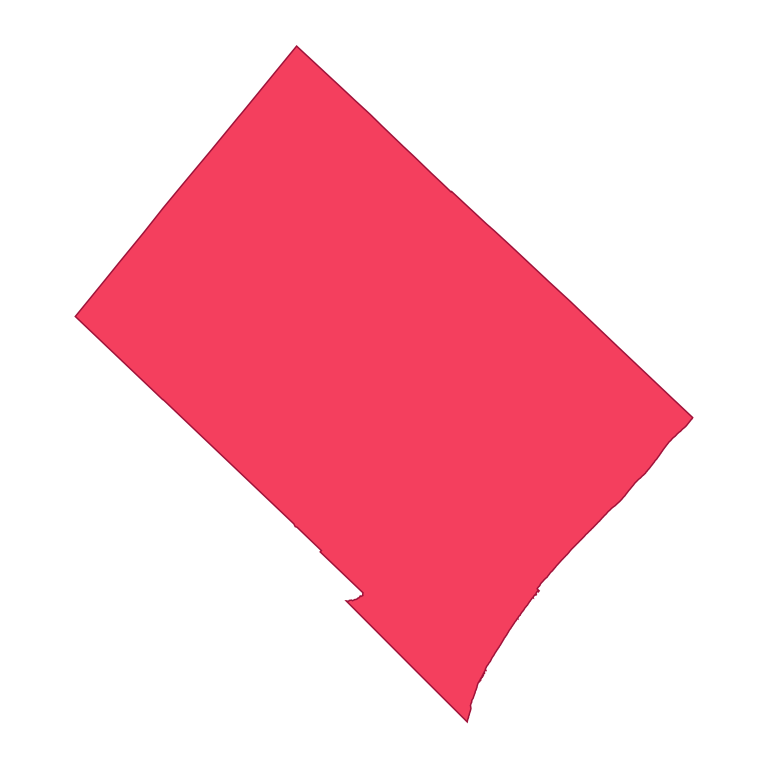 the district of Mar Chiquita, Buenos Aires, Argentina
{"feature_id": "61730980B58883686199673", "entity_name": "Mar Chiquita", "entity_type": "district", "adm_level": 2, "iso_a3": "ARG", "parent_name": "Argentina", "parent_adm1": "Buenos Aires", "projection": "equal_earth", "projection_center": [-57.382, -37.513], "detail": "fine", "context": "isolated", "style": "filled", "palette": "rose", "viewbox_px": 768, "rotation_deg": 0, "n_neighbors": 0, "source": "geoboundaries", "source_scale": "gbopen_adm2", "svg_char_len": 5947}
<svg xmlns="http://www.w3.org/2000/svg" viewBox="0 0 768 768"><path d="M370.2,114.4L355.6,101.0L344.3,90.4L296.6,46.1L289.4,54.9L275.3,72.1L242.1,112.7L238.7,116.7L210.6,150.9L183.4,183.5L163.3,207.8L143.7,232.6L119.1,262.6L105.3,279.7L75.3,316.5L158.7,395.8L162.7,399.6L163.0,399.5L293.9,523.9L295.2,526.6L297.0,527.2L321.4,550.6L320.2,551.9L363.0,592.8L362.7,594.3L362.9,595.3L362.7,595.6L362.4,595.6L361.1,596.4L360.8,596.3L360.5,596.0L360.1,596.1L359.7,597.0L359.4,597.2L358.8,597.9L358.7,598.0L357.9,598.1L357.7,598.3L357.5,598.6L357.3,598.8L357.0,598.9L356.3,599.4L354.6,599.6L354.2,599.9L352.5,600.7L351.5,600.1L351.0,600.2L350.4,600.3L349.3,600.4L348.6,601.2L348.3,601.4L347.7,601.2L346.5,600.9L346.2,600.9L416.6,671.5L467.2,721.9L467.7,719.5L467.9,719.0L468.1,718.7L468.2,718.1L468.5,717.6L468.5,717.2L468.6,716.3L469.2,714.9L469.4,713.7L470.4,710.7L470.7,709.4L470.9,708.8L470.9,708.1L470.8,707.7L470.8,707.4L470.6,707.1L470.6,706.8L470.7,706.3L470.4,705.7L470.6,705.1L470.8,704.2L470.9,703.8L471.1,703.5L471.1,703.3L471.3,703.2L471.4,703.3L471.3,703.1L471.7,702.1L471.8,701.7L471.7,701.3L471.7,700.7L472.0,700.3L472.0,700.0L473.1,698.3L473.4,697.4L473.8,696.1L474.3,694.9L474.6,693.8L475.1,692.8L475.2,692.0L475.3,691.3L476.1,689.8L476.4,688.9L476.5,688.3L476.9,687.5L477.2,685.7L477.5,684.9L477.6,684.4L478.0,683.4L478.5,682.4L478.8,682.1L479.1,682.1L479.1,682.4L479.2,682.1L479.0,681.8L479.4,680.9L479.6,680.7L480.0,680.5L480.1,680.8L480.3,680.5L480.2,680.3L480.0,680.1L480.1,679.8L480.4,679.6L480.6,679.6L480.7,679.9L480.8,679.9L480.8,679.6L480.4,679.2L480.5,678.8L480.7,678.6L480.9,678.5L481.0,678.5L481.3,678.4L481.4,678.1L481.2,678.1L481.2,677.7L481.7,677.4L482.0,677.4L482.1,677.5L482.0,677.8L482.2,677.4L482.0,677.1L482.2,676.8L482.0,676.7L482.1,676.1L482.4,675.6L482.7,675.4L483.1,675.4L483.1,675.8L483.3,675.5L483.2,675.4L482.9,674.7L483.1,674.1L483.4,673.7L483.6,673.2L484.1,672.9L484.4,673.0L484.4,673.4L484.5,673.3L484.6,673.0L484.2,672.3L484.5,671.3L485.1,670.7L485.5,670.5L485.9,670.6L486.0,670.8L485.9,671.0L486.0,670.9L486.0,670.5L485.9,670.1L485.3,669.6L485.3,669.4L485.6,668.5L486.2,667.5L486.2,667.2L487.2,665.6L488.2,664.4L488.3,664.1L488.8,663.3L489.0,662.9L489.4,662.5L490.4,661.2L491.6,658.7L492.3,657.4L494.0,655.0L494.7,653.6L496.9,650.2L497.3,649.5L497.8,649.0L498.2,648.1L498.9,647.4L499.5,646.1L500.2,645.3L501.4,643.2L501.6,642.9L501.7,642.7L502.5,641.4L503.1,640.3L503.9,639.1L504.0,638.5L504.6,637.7L504.8,637.6L505.0,637.2L505.4,636.8L505.7,636.2L506.7,634.9L506.9,634.3L507.3,633.9L507.6,633.1L508.1,632.5L509.4,630.1L510.1,629.2L510.9,628.2L511.4,627.2L512.4,625.9L512.9,625.0L513.2,624.7L513.6,624.0L514.1,623.4L514.5,622.5L514.8,622.3L515.1,622.4L514.9,622.2L515.6,621.1L515.9,620.9L516.3,621.2L516.0,620.7L516.8,619.2L517.4,618.6L517.6,618.6L517.9,618.8L517.9,618.7L517.6,618.4L517.7,618.2L518.6,616.7L519.6,615.5L520.2,615.2L520.3,614.8L520.7,613.9L521.4,613.0L521.7,612.4L522.7,611.4L523.3,610.4L523.9,609.8L524.5,608.6L525.1,607.7L526.3,606.4L526.4,606.1L527.5,605.0L528.4,603.4L528.9,602.8L529.5,601.7L530.1,601.2L530.7,600.1L531.5,599.2L531.9,598.5L532.9,597.5L533.2,597.7L533.1,597.3L534.1,595.7L535.0,594.8L535.3,594.6L535.9,594.7L536.0,594.8L535.8,594.9L535.9,595.0L536.7,594.2L536.4,594.3L536.2,594.2L536.0,593.6L536.4,592.6L537.1,591.6L537.5,591.1L537.9,591.0L538.4,591.0L538.7,591.1L538.8,591.1L538.6,591.4L538.6,591.5L539.0,591.1L539.0,590.7L537.2,588.9L537.2,588.7L537.6,588.0L538.2,587.3L538.6,586.7L539.2,586.3L539.4,586.1L539.5,585.8L540.2,584.9L540.2,584.4L540.5,584.0L541.5,582.7L542.8,581.4L543.0,581.1L543.6,580.5L543.9,580.0L544.2,579.8L544.3,579.5L544.8,579.2L545.6,578.3L546.4,577.8L547.2,577.1L547.5,576.5L548.9,574.7L549.3,574.2L549.8,573.4L550.4,572.7L551.0,572.0L551.7,571.5L552.0,571.0L552.5,570.8L553.0,570.0L553.4,569.6L553.5,569.3L553.9,569.1L554.2,568.5L555.4,567.3L555.9,566.5L556.9,565.3L557.7,564.6L558.2,563.9L558.9,563.2L559.3,562.7L559.7,562.3L560.5,561.4L561.3,560.5L562.5,559.2L562.8,559.0L563.3,558.4L563.8,557.9L564.1,557.5L565.4,556.3L565.8,555.7L566.3,555.2L566.8,554.9L567.1,554.5L568.1,553.4L569.2,552.1L569.6,551.4L569.9,551.2L571.4,549.4L575.9,544.9L576.8,543.9L577.3,543.5L578.5,542.3L580.0,540.7L581.4,539.4L581.7,539.0L582.4,538.4L582.9,537.8L584.6,536.1L584.8,535.7L585.4,535.1L585.6,534.7L587.4,533.2L589.3,531.2L590.8,529.9L591.7,528.8L592.9,527.8L593.6,527.0L594.6,526.0L596.0,524.5L596.4,524.2L597.9,522.5L599.2,521.3L599.8,520.8L600.0,520.4L601.5,518.8L602.1,518.0L602.8,517.4L604.4,515.6L604.9,515.2L605.2,514.8L605.8,514.4L606.2,513.9L608.3,511.4L609.7,510.3L611.6,508.3L612.4,507.7L613.5,506.8L615.1,505.7L617.5,503.4L618.9,502.2L619.4,501.7L620.0,501.2L620.3,500.8L621.9,499.2L622.2,498.7L624.0,496.6L624.7,496.0L626.2,493.9L626.8,493.2L628.8,490.5L630.0,489.2L632.0,486.7L632.4,486.3L632.6,486.0L633.8,484.6L634.0,484.2L634.5,483.6L635.3,482.6L636.3,481.7L638.1,479.8L639.6,478.5L640.3,478.1L641.9,476.4L642.6,475.7L643.6,475.0L643.9,474.6L644.8,473.8L645.6,473.0L646.2,471.9L646.9,471.4L647.3,470.7L648.4,469.4L648.8,469.1L649.2,468.5L649.9,467.7L651.3,465.8L651.7,465.4L652.5,464.3L652.9,463.9L653.0,463.6L654.2,462.2L654.6,461.5L654.9,461.1L655.3,460.4L655.9,459.9L656.1,459.7L656.6,459.2L657.8,457.4L658.5,456.5L658.7,456.2L659.4,455.3L660.5,453.5L660.9,453.2L661.2,452.5L662.4,450.9L663.5,449.2L663.8,448.9L664.5,447.9L666.0,446.0L666.3,445.4L667.1,444.6L667.7,443.7L668.1,443.3L668.8,442.2L669.3,441.8L671.0,440.2L672.2,438.7L672.9,438.0L674.5,436.7L675.3,436.1L675.6,435.7L676.8,434.5L676.9,434.2L678.6,432.7L679.5,431.9L680.4,431.4L682.4,429.2L684.3,427.7L686.0,426.2L686.1,425.9L687.0,425.0L687.6,424.1L687.9,423.8L689.0,422.4L690.8,420.2L691.2,419.5L692.0,418.9L692.7,417.6L672.0,398.1L617.5,346.5L581.3,312.0L570.9,302.0L549.5,282.3L512.6,247.7L494.4,230.9L486.4,223.9L451.6,191.5L451.1,192.0L443.3,184.5L431.3,173.2L413.5,156.0L402.8,146.0L381.9,125.9L370.2,114.4Z" fill="#f43f5e" stroke="#9f1239" stroke-width="1.5"/></svg>